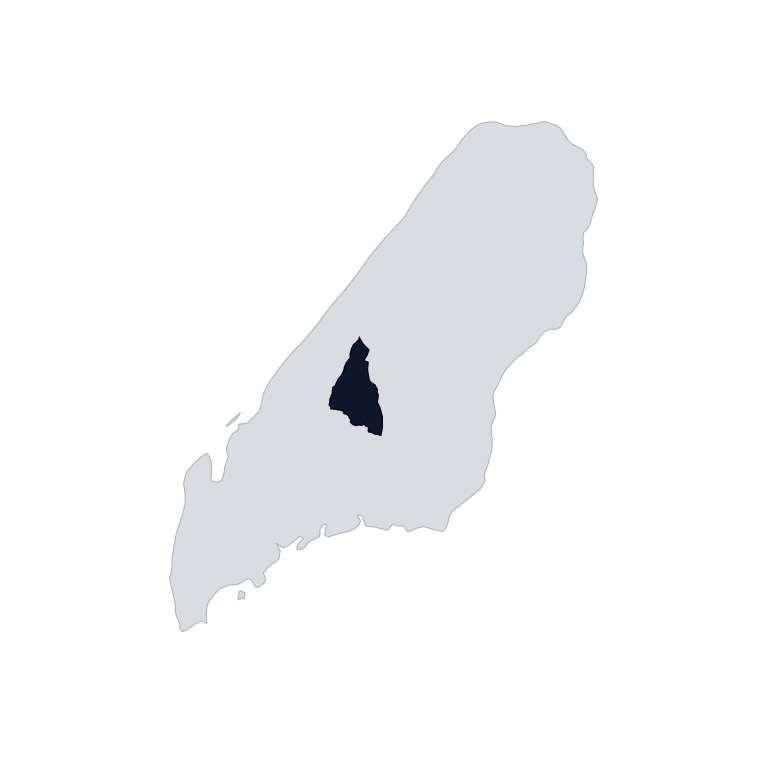 Analamanga on a map of Madagascar (orthographic projection), rotated 201°
{"feature_id": "MDG-5862", "entity_name": "Analamanga", "entity_type": "Autonomous Province", "adm_level": 1, "iso_a3": "MDG", "parent_name": "Madagascar", "parent_adm1": "", "projection": "orthographic", "projection_center": [47.602, -18.658], "detail": "fine", "context": "in_parent", "style": "filled", "palette": "ink", "viewbox_px": 768, "rotation_deg": 201, "n_neighbors": 0, "source": "natural_earth", "source_scale": "10m", "svg_char_len": 5658}
<svg xmlns="http://www.w3.org/2000/svg" viewBox="0 0 768 768"><g transform="rotate(201 384 384)"><path d="M497.1,96.7L499.1,101.4L501.4,105.9L508.6,116.9L511.7,121.1L514.4,125.6L515.6,134.4L520.1,148.3L524.3,169.1L525.4,190.4L526.6,200.2L529.9,209.5L535.3,219.1L537.0,229.8L533.4,240.7L528.4,250.9L527.1,252.8L524.8,255.4L523.7,255.3L519.9,252.6L516.7,248.2L512.7,237.9L511.3,232.6L509.6,231.8L504.9,232.2L501.4,235.4L500.8,237.4L501.4,243.2L502.7,248.4L503.2,253.7L503.3,260.4L504.5,262.4L506.4,264.1L508.3,268.5L508.5,278.9L507.3,284.1L503.9,288.6L504.0,291.1L505.2,293.6L504.1,295.2L499.6,297.1L497.8,298.8L495.3,303.3L491.4,312.6L490.8,317.4L493.1,332.0L492.3,342.3L487.2,361.9L484.3,371.3L480.2,382.4L474.0,397.1L467.8,415.5L462.5,434.5L458.7,446.0L454.3,457.2L448.4,477.1L443.3,497.3L435.9,519.4L425.8,544.2L424.7,547.4L422.6,560.1L420.3,571.0L417.6,581.9L412.0,599.8L411.4,605.3L410.1,610.6L404.8,621.9L402.5,626.1L400.9,630.5L400.0,636.1L398.4,641.6L394.6,651.6L388.8,660.2L384.8,663.3L376.3,667.9L372.0,668.8L362.4,669.0L353.1,671.6L343.5,676.7L334.3,682.4L330.8,685.2L326.9,686.8L314.6,687.2L310.9,686.1L298.4,676.9L293.7,675.4L284.6,674.3L281.9,673.6L279.3,672.4L275.6,667.6L268.2,663.6L266.4,662.3L265.3,659.5L264.4,656.4L262.5,653.1L260.9,646.5L258.4,642.0L251.5,634.1L250.7,631.5L249.9,622.9L249.9,617.1L249.0,606.5L249.6,601.5L251.9,596.9L250.8,592.1L248.1,587.0L247.0,581.7L245.0,576.9L237.7,568.3L235.9,564.1L234.6,559.7L231.5,545.9L231.0,541.1L231.1,530.9L232.0,525.6L233.6,521.9L234.0,519.2L235.0,516.8L236.7,514.9L237.8,512.6L240.1,499.5L243.4,496.5L248.4,494.7L252.4,491.2L254.6,486.6L256.7,477.0L262.9,467.5L265.1,462.5L270.1,454.9L274.4,444.3L275.7,439.3L276.6,434.2L277.6,423.0L278.4,417.4L278.1,411.9L275.3,406.3L268.9,396.2L268.6,394.3L269.0,386.6L268.3,381.1L265.9,375.7L262.8,370.5L259.7,360.9L258.0,344.9L258.2,339.1L257.2,334.0L255.0,329.2L256.4,320.6L274.8,289.2L275.4,285.6L274.5,276.1L274.8,270.6L275.4,268.6L276.8,267.3L280.1,266.7L295.5,265.1L297.5,264.1L301.3,261.5L306.5,256.3L308.9,254.8L311.0,255.3L312.4,257.5L314.1,258.7L320.4,256.3L322.8,256.2L325.2,256.5L326.3,254.4L327.0,251.6L327.9,249.6L329.5,248.4L337.6,247.7L342.7,246.9L349.3,244.9L350.8,245.2L356.2,252.3L357.8,252.9L359.9,253.2L361.7,251.9L357.3,248.2L356.6,246.1L356.9,243.7L359.2,238.6L363.0,234.7L371.7,228.7L380.6,221.8L383.3,221.3L385.5,222.4L387.2,230.5L387.0,231.8L388.4,232.0L390.1,231.0L391.6,227.7L391.7,225.0L390.4,222.4L389.8,220.2L389.8,218.2L394.3,213.4L397.9,208.9L399.6,203.4L401.0,200.9L404.8,198.1L406.0,198.5L406.8,200.8L407.3,203.3L406.4,205.7L405.0,208.1L404.4,211.2L406.6,211.8L408.6,211.1L411.5,205.3L414.9,199.9L416.9,197.1L419.4,195.1L423.6,195.5L427.7,196.7L421.1,191.0L419.4,183.1L427.4,169.5L427.4,166.7L428.6,165.8L429.1,164.7L425.0,160.2L424.2,157.9L424.8,154.4L426.8,151.4L428.6,149.2L431.1,148.4L433.1,149.6L437.5,153.4L440.5,154.0L444.1,150.4L447.1,145.9L451.5,142.8L456.6,140.9L464.3,133.8L469.4,119.0L469.8,114.7L468.7,109.4L466.9,104.4L464.0,98.1L464.8,96.7L469.0,97.6L470.4,96.7L475.0,91.3L482.6,80.8L485.1,80.8L487.2,82.8L488.0,85.7L489.5,87.8L494.5,92.9L497.1,96.7ZM444.4,138.0L444.4,139.7L438.7,139.0L437.8,133.3L440.6,133.2L441.2,130.9L442.9,130.6L444.8,135.6L444.4,138.0ZM512.5,297.7L507.6,305.9L509.0,299.0L514.7,289.1L516.3,288.4L512.5,297.7Z" fill="#d9dde1" stroke="#a8b0b8" stroke-width="1"/><path d="M381.1,334.0L381.4,334.0L381.7,334.4L382.2,335.8L382.3,336.3L382.3,336.8L382.1,337.7L382.3,338.1L382.8,338.3L385.0,338.3L386.2,338.5L387.1,338.8L387.5,339.1L388.1,339.8L388.5,339.7L388.7,339.3L389.2,338.5L389.4,338.1L390.1,337.5L390.5,337.3L391.0,337.2L392.6,336.9L393.0,336.8L394.5,335.7L395.0,335.4L395.6,335.2L396.7,335.1L397.7,335.1L398.8,335.3L400.6,336.0L401.5,336.4L401.9,336.7L401.9,337.1L401.9,337.4L402.0,337.9L402.3,338.8L402.5,339.1L402.9,339.4L404.1,340.1L404.5,340.3L404.8,340.7L405.0,341.1L405.4,341.5L406.0,341.8L407.2,342.2L409.1,342.4L410.5,342.2L411.1,342.4L411.4,342.8L411.9,343.7L412.3,344.0L413.3,344.2L415.0,344.1L421.2,342.9L422.4,342.5L424.8,341.9L425.0,342.9L425.1,343.1L425.2,343.4L425.4,343.5L426.0,343.9L426.2,344.0L426.5,344.3L427.2,344.5L427.4,344.7L427.5,344.8L427.7,345.0L427.9,347.2L428.0,347.5L428.3,348.1L428.4,348.6L428.6,349.6L428.8,350.0L429.0,350.5L429.1,351.0L428.9,351.4L428.8,351.8L428.7,352.3L428.8,353.2L428.9,354.0L429.0,354.1L428.9,357.0L428.9,357.4L429.0,357.7L429.7,358.8L429.8,359.2L429.8,360.4L429.8,360.8L429.9,361.2L430.2,361.7L430.3,362.0L430.4,362.5L430.3,362.8L430.1,363.2L430.0,363.4L429.3,364.0L429.0,364.4L428.9,364.5L428.9,364.8L428.8,365.2L428.9,366.8L428.5,370.5L428.5,371.1L428.5,371.7L428.3,372.5L426.9,376.6L426.4,379.6L426.4,383.0L426.6,384.1L426.9,385.4L426.9,385.6L426.8,387.2L426.8,388.2L426.7,390.4L426.6,390.8L426.5,391.2L426.3,391.6L426.1,391.9L426.0,392.1L425.9,392.5L425.9,393.0L425.8,393.5L425.6,394.0L424.9,395.5L424.9,395.8L424.9,396.2L424.9,396.8L425.0,397.1L426.4,399.9L426.5,400.1L426.5,400.5L426.4,401.8L426.4,402.2L426.5,402.6L426.7,403.2L426.7,404.8L426.9,405.7L426.8,406.3L426.5,409.2L426.4,409.9L426.3,410.2L426.1,410.6L425.4,411.7L424.8,412.4L424.7,412.6L424.6,412.9L424.6,413.5L424.5,414.0L424.2,414.6L423.6,415.6L423.5,415.9L423.4,416.3L423.4,417.4L423.5,418.2L417.8,413.7L410.3,410.3L410.3,404.7L411.4,398.5L406.6,398.5L404.5,391.1L399.9,383.4L399.3,382.1L398.1,381.6L396.8,380.7L393.8,380.1L391.8,379.6L391.0,378.5L389.3,377.5L387.9,375.6L387.4,373.5L385.9,372.2L385.2,370.8L383.8,364.6L379.5,360.4L373.8,352.6L370.0,342.7L368.6,335.0L371.4,334.8L374.0,334.1L374.6,334.1L375.5,334.1L377.1,334.4L378.9,334.5L379.5,334.4L380.1,334.0L380.7,334.0L381.1,334.0Z" fill="#0f172a" stroke="#020617" stroke-width="1.5"/></g></svg>